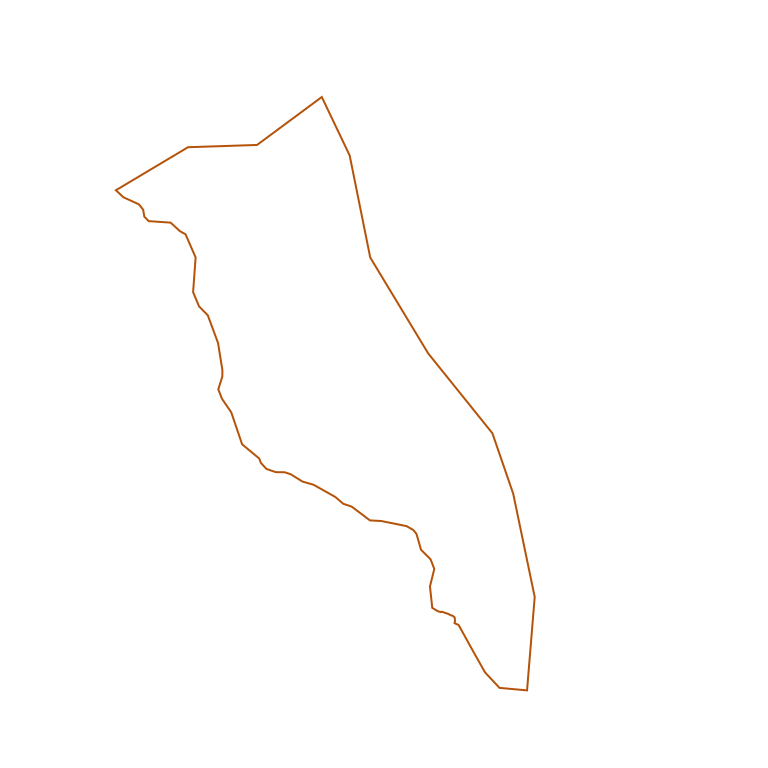 Manas, Talas, Kyrgyzstan, rotated 228°
{"feature_id": "92254566B74004899907305", "entity_name": "Manas", "entity_type": "district", "adm_level": 2, "iso_a3": "KGZ", "parent_name": "Kyrgyzstan", "parent_adm1": "Talas", "projection": "albers", "projection_center": [71.777, 42.691], "detail": "fine", "context": "isolated", "style": "outline", "palette": "amber", "viewbox_px": 768, "rotation_deg": 228, "n_neighbors": 0, "source": "geoboundaries", "source_scale": "gbopen_adm2", "svg_char_len": 1016}
<svg xmlns="http://www.w3.org/2000/svg" viewBox="0 0 768 768"><g transform="rotate(228 384 384)"><path d="M707.4,314.4L697.1,315.3L681.4,322.1L674.6,321.6L668.8,317.9L662.5,318.1L646.7,333.4L634.1,334.6L628.1,336.7L604.1,328.7L580.0,303.6L565.5,298.5L552.9,299.0L525.5,288.1L502.3,273.1L497.7,268.8L490.9,257.3L481.4,253.7L465.1,251.5L434.1,238.2L412.1,241.4L407.6,239.7L399.6,239.8L397.0,241.2L390.9,244.6L384.8,251.2L379.3,254.3L366.1,258.1L356.3,264.2L332.7,272.2L322.2,273.6L314.6,277.9L292.0,282.3L284.1,290.2L263.2,305.7L255.8,308.1L250.8,307.8L236.0,300.6L222.5,301.3L212.9,297.6L202.8,282.7L185.4,270.1L179.9,271.7L178.6,272.3L176.3,273.7L176.0,274.7L174.2,275.7L172.7,276.3L171.6,277.2L169.4,278.2L167.7,278.7L166.0,279.9L163.2,280.3L160.4,278.2L159.0,276.4L157.0,277.3L155.0,278.2L127.9,271.9L102.1,266.1L80.9,266.5L60.6,285.3L124.9,353.5L216.0,406.6L274.9,431.6L377.2,437.3L487.2,458.4L576.8,511.4L638.9,529.8L646.6,449.6L691.1,396.8L707.4,314.4Z" fill="none" stroke="#b45309" stroke-width="2"/></g></svg>